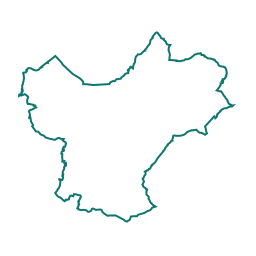 the district of Sisesti, Mehedinti, Romania, rotated 176°
{"feature_id": "2599482B79663087212120", "entity_name": "Sisesti", "entity_type": "district", "adm_level": 2, "iso_a3": "ROU", "parent_name": "Romania", "parent_adm1": "Mehedinti", "projection": "orthographic", "projection_center": [22.83, 44.774], "detail": "fine", "context": "isolated", "style": "outline", "palette": "teal", "viewbox_px": 256, "rotation_deg": 176, "n_neighbors": 0, "source": "geoboundaries", "source_scale": "gbopen_adm2", "svg_char_len": 5828}
<svg xmlns="http://www.w3.org/2000/svg" viewBox="0 0 256 256"><g transform="rotate(176 128 128)"><path d="M221.2,194.5L223.1,194.7L225.5,192.9L224.8,192.0L225.7,190.9L226.2,190.6L228.2,190.6L228.8,190.2L228.7,189.4L228.5,189.0L228.3,187.0L228.3,184.5L228.8,183.2L228.9,181.8L229.8,180.2L229.8,178.9L230.6,177.9L230.7,176.8L230.6,175.1L231.2,174.4L231.2,173.9L230.4,173.3L230.4,172.8L231.0,172.7L231.4,172.2L230.8,171.4L232.0,170.3L231.7,169.5L234.2,168.9L234.4,167.6L233.6,168.0L231.8,168.3L231.6,167.9L228.9,168.9L227.9,168.5L225.4,166.0L226.6,162.8L226.8,160.9L226.6,159.9L226.2,159.5L226.2,159.0L224.4,158.8L221.9,158.0L221.0,157.9L220.7,156.9L219.4,157.1L219.0,156.9L219.4,156.2L218.3,154.9L219.6,154.6L221.5,153.4L224.6,152.6L225.7,151.7L224.9,148.3L225.0,147.6L224.8,145.9L225.1,145.7L225.3,146.6L225.9,145.5L225.8,144.8L224.6,145.0L224.3,142.2L224.4,141.9L223.8,139.9L223.2,139.3L222.5,137.3L223.5,136.4L220.5,131.7L220.4,131.2L217.8,130.5L216.7,129.3L216.2,128.3L215.1,127.4L212.4,126.2L210.9,124.3L206.8,122.7L201.7,121.3L198.5,122.9L197.5,123.0L195.6,121.8L192.9,121.5L193.9,120.1L192.1,118.6L191.5,118.3L190.9,116.9L191.4,116.0L191.3,115.2L192.4,113.5L193.5,113.7L194.1,112.6L194.7,111.1L194.0,110.8L193.4,110.9L193.7,109.6L195.7,109.0L196.3,107.0L195.3,106.5L195.7,104.1L195.6,100.9L195.8,99.0L195.2,99.0L193.9,99.5L193.6,99.4L193.9,98.5L193.8,98.0L194.0,97.2L193.6,96.7L193.0,96.7L192.4,97.1L192.4,94.9L193.1,94.5L193.2,94.8L193.8,94.7L194.1,94.2L194.6,92.8L194.4,92.5L194.6,91.4L196.0,89.3L196.4,87.4L195.9,86.7L195.8,86.2L196.0,85.5L196.6,85.5L196.8,84.9L196.3,84.8L196.5,84.0L196.1,83.4L197.1,80.8L200.1,81.7L200.2,81.3L199.1,79.9L199.9,75.3L201.4,72.5L202.4,71.9L202.9,70.6L204.7,68.7L205.1,68.3L205.0,68.0L203.4,65.4L201.8,64.0L200.7,63.6L199.0,62.1L197.4,60.1L196.9,60.0L196.4,59.4L195.8,59.7L196.1,60.0L194.7,60.9L193.4,60.6L192.3,61.1L191.9,61.0L191.6,62.3L190.2,64.4L189.1,64.5L187.6,63.8L187.4,64.4L187.0,64.5L186.5,65.8L185.1,65.6L180.1,63.9L179.8,63.4L179.8,62.7L181.2,60.1L182.6,58.4L182.2,58.1L182.6,57.4L182.3,56.8L182.6,56.1L182.1,55.3L182.8,54.6L182.9,54.2L182.7,53.8L184.1,51.5L183.2,51.2L183.2,50.3L180.2,49.3L178.4,49.5L175.7,49.0L174.9,48.5L174.1,47.4L173.5,47.2L172.5,47.2L170.8,47.9L170.2,48.6L169.8,49.6L169.3,50.0L168.5,50.1L165.8,48.6L161.2,48.6L160.1,48.1L159.4,46.1L158.1,44.6L154.6,41.9L152.5,42.0L146.4,41.6L138.6,36.8L137.5,35.6L135.6,34.7L134.6,35.4L133.0,36.0L132.4,36.9L131.3,39.5L128.8,39.6L125.2,39.4L124.3,40.5L123.3,40.9L117.6,42.1L114.8,43.6L111.9,44.4L111.0,44.9L109.5,46.8L106.0,47.7L108.9,49.8L109.6,51.1L110.3,51.4L111.2,53.2L111.4,54.1L112.5,56.0L112.1,57.2L112.2,58.0L114.2,60.3L114.2,62.5L114.0,63.8L113.2,64.9L113.5,65.7L114.1,65.7L114.5,66.2L114.7,66.9L116.4,68.0L116.9,68.7L117.0,69.7L117.6,70.5L115.7,73.5L117.0,76.3L115.9,77.2L114.9,79.4L113.8,80.3L113.6,82.5L114.2,83.4L112.3,84.0L111.9,84.5L110.9,84.5L110.0,85.7L109.3,85.7L108.7,86.1L107.8,87.8L106.7,88.9L107.1,89.1L107.0,89.3L103.5,91.6L101.7,94.0L101.7,94.4L100.4,96.0L94.3,102.4L94.4,102.7L92.9,104.0L92.3,105.4L91.0,106.9L89.5,108.1L89.7,108.7L89.4,109.0L86.7,110.8L86.0,111.9L84.5,112.3L84.7,113.0L84.5,113.9L84.0,114.8L83.4,117.1L82.0,117.3L80.8,116.9L77.1,116.6L74.7,116.9L72.8,117.3L70.9,118.3L69.5,119.7L66.3,120.9L65.6,120.9L64.8,121.4L63.1,121.1L62.2,121.4L60.0,121.5L58.2,119.4L56.9,118.3L55.2,118.1L53.5,117.3L51.6,115.9L49.6,117.1L49.9,117.7L50.4,120.1L50.5,122.4L50.8,122.9L51.0,124.2L41.3,133.5L41.2,133.2L40.9,133.1L40.4,132.5L40.2,131.7L39.1,132.5L38.6,133.0L38.5,134.2L37.9,134.8L38.0,135.3L37.6,135.6L37.7,135.9L34.6,138.1L34.8,138.6L34.7,138.7L33.3,139.7L30.7,140.9L28.5,140.9L24.1,142.6L23.8,142.6L23.6,142.2L22.4,142.4L21.6,143.1L22.3,143.0L23.0,143.7L25.2,144.8L25.9,145.5L26.8,147.7L26.7,148.2L27.3,149.4L28.6,151.0L28.9,152.2L30.2,153.7L31.5,156.4L32.8,158.2L34.0,158.2L36.9,159.3L33.7,162.7L33.4,163.7L32.5,164.6L32.5,166.1L30.4,166.2L29.9,167.3L29.9,168.3L30.6,167.9L31.2,168.2L30.2,169.3L30.3,169.9L29.8,170.2L29.0,169.8L27.6,170.9L27.5,171.6L26.4,172.5L26.3,173.5L26.6,173.9L26.0,174.5L25.6,175.8L25.8,176.5L25.7,177.9L26.2,180.2L26.7,181.1L27.6,181.8L27.5,182.0L28.4,182.5L30.7,182.9L32.7,183.8L33.1,184.3L34.2,187.0L35.9,188.3L36.8,190.1L37.6,190.4L37.8,190.1L40.3,191.4L43.5,191.9L45.7,193.7L46.4,193.8L46.6,194.0L46.4,194.5L46.8,195.0L47.4,195.1L47.6,195.6L49.6,195.7L49.8,196.5L49.8,196.9L50.2,197.5L50.8,197.5L50.9,197.3L52.0,197.2L53.3,197.4L54.2,196.9L55.7,196.8L56.6,196.4L58.5,194.9L59.1,194.7L59.7,193.9L61.1,193.4L62.0,192.8L63.7,192.4L66.0,192.6L66.5,192.0L67.6,191.5L69.2,191.5L70.4,191.0L75.0,191.4L74.9,192.0L82.1,193.0L81.6,195.2L81.6,196.2L81.2,197.4L81.1,198.3L81.5,200.7L82.1,202.6L81.9,204.3L81.6,205.7L80.0,207.8L81.9,208.1L83.3,208.9L83.9,210.0L84.3,211.6L86.1,213.2L86.1,214.5L87.1,214.5L88.9,215.6L89.3,217.2L90.3,218.4L91.5,220.6L92.3,221.2L92.9,221.3L93.9,220.8L96.7,217.8L97.4,216.8L97.0,216.2L99.5,214.0L100.0,211.5L100.3,210.6L102.0,208.9L104.4,205.8L105.5,204.9L105.4,204.1L106.0,204.1L106.7,203.5L107.4,203.3L108.1,202.4L109.0,201.9L110.1,200.8L111.9,200.6L113.0,200.8L114.0,199.5L115.1,198.7L116.0,196.1L116.4,193.4L117.3,191.7L117.8,191.3L118.6,188.9L118.7,187.6L118.9,187.0L120.4,188.4L121.0,188.5L121.1,189.0L121.3,189.0L121.8,187.6L124.2,185.8L123.9,184.9L123.4,185.0L124.0,182.7L125.5,182.7L127.3,181.9L128.2,180.9L128.4,180.5L131.0,179.0L131.8,177.7L136.1,177.4L136.6,177.1L137.9,175.6L138.4,175.5L139.4,176.0L142.0,175.0L142.8,174.4L143.5,173.1L160.5,173.3L160.7,173.5L166.5,174.6L169.6,174.8L169.5,177.2L171.5,179.9L172.6,180.9L179.5,185.9L188.6,195.7L190.1,198.4L195.5,204.9L200.2,201.6L203.7,199.4L203.5,198.5L203.9,198.6L204.2,199.1L204.5,198.9L210.5,194.8L210.6,194.5L210.3,194.4L212.0,193.6L212.4,192.9L212.9,192.5L215.3,191.8L216.1,191.9L218.2,192.6L219.0,193.3L221.2,194.5Z" fill="none" stroke="#0f766e" stroke-width="2"/></g></svg>